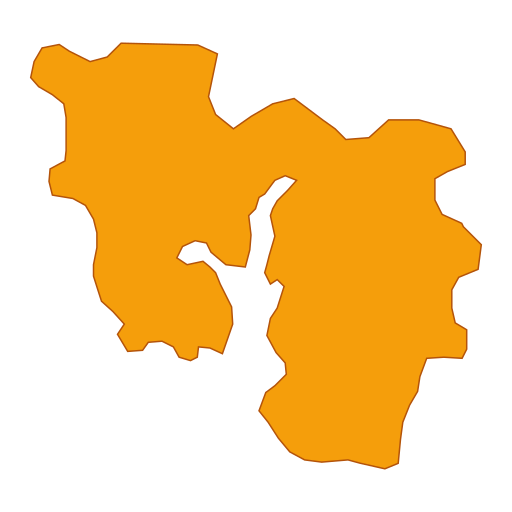 Sacheon-si, South Gyeongsang, South Korea
{"feature_id": "91817680B75900877128055", "entity_name": "Sacheon-si", "entity_type": "district", "adm_level": 2, "iso_a3": "KOR", "parent_name": "South Korea", "parent_adm1": "South Gyeongsang", "projection": "mercator", "projection_center": [128.03, 35.037], "detail": "fine", "context": "isolated", "style": "filled", "palette": "amber", "viewbox_px": 512, "rotation_deg": 0, "n_neighbors": 0, "source": "geoboundaries", "source_scale": "gbopen_adm2", "svg_char_len": 1690}
<svg xmlns="http://www.w3.org/2000/svg" viewBox="0 0 512 512"><path d="M121.1,43.2L107.2,57.0L90.1,61.6L69.5,51.3L59.2,44.5L42.1,47.9L34.1,61.6L30.7,77.6L38.7,86.7L52.4,94.7L63.8,103.8L66.1,117.5L66.1,150.6L65.0,160.9L50.1,168.9L49.0,181.4L52.4,195.1L72.9,198.5L85.5,205.4L93.5,219.1L96.9,232.8L96.9,247.6L93.5,264.7L93.5,276.1L97.1,287.5L101.5,301.2L112.9,311.5L124.3,324.1L117.5,334.3L127.7,351.4L142.6,350.3L148.3,342.3L162.0,341.2L173.4,346.9L179.1,357.2L190.5,360.6L197.3,357.2L198.5,346.9L209.9,348.0L222.4,353.7L232.7,324.1L231.6,306.9L220.2,284.1L215.6,272.7L209.9,267.0L203.0,261.3L187.1,264.7L176.8,257.9L182.5,246.5L195.1,240.7L206.5,243.0L211.0,252.2L225.9,264.7L245.3,267.0L249.8,249.9L251.0,235.0L248.7,215.6L255.5,208.8L259.0,197.4L264.7,194.0L271.5,184.8L274.9,180.3L285.2,175.7L296.6,180.3L287.5,190.5L277.2,200.8L272.7,208.8L270.4,215.6L274.9,236.2L269.2,255.6L266.9,264.7L264.7,272.7L270.4,284.1L277.2,279.6L284.1,286.4L277.2,308.1L270.4,318.4L266.9,335.5L276.1,352.6L285.2,362.9L286.3,374.3L274.9,385.7L265.8,392.5L259.0,410.8L268.1,422.2L278.4,438.2L289.8,451.9L304.6,459.9L321.7,462.1L348.0,459.9L360.5,463.3L384.9,468.8L398.2,463.3L400.5,439.3L402.8,422.2L409.6,405.1L417.6,391.4L419.9,376.6L426.7,358.3L443.8,357.2L462.1,358.3L466.7,349.2L466.7,329.8L455.2,322.9L451.8,308.1L451.8,289.8L458.7,277.3L478.1,269.3L481.3,244.7L463.4,226.8L461.7,223.3L442.1,214.4L434.9,200.1L434.9,178.7L447.4,171.6L465.2,164.4L465.2,151.9L451.0,128.8L418.9,119.9L388.6,119.9L368.9,137.7L345.8,139.5L335.1,128.8L322.6,119.9L294.1,98.5L272.7,103.8L251.3,116.3L233.4,128.8L215.6,114.5L208.5,96.7L217.4,53.9L197.8,45.0L121.1,43.2Z" fill="#f59e0b" stroke="#b45309" stroke-width="1.5"/></svg>